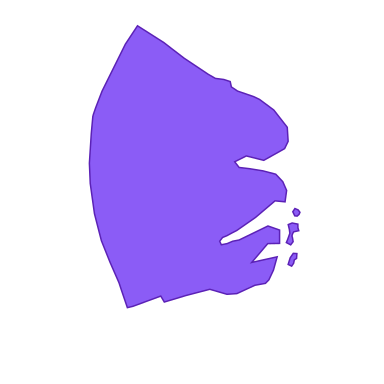 Dngronger, Palau (Mercator projection), rotated 113°
{"feature_id": "81905179B16593070408987", "entity_name": "Dngronger", "entity_type": "district", "adm_level": 2, "iso_a3": "PLW", "parent_name": "Palau", "parent_adm1": "", "projection": "mercator", "projection_center": [134.479, 7.344], "detail": "fine", "context": "isolated", "style": "filled", "palette": "violet", "viewbox_px": 384, "rotation_deg": 113, "n_neighbors": 0, "source": "geoboundaries", "source_scale": "gbopen_adm2", "svg_char_len": 1342}
<svg xmlns="http://www.w3.org/2000/svg" viewBox="0 0 384 384"><g transform="rotate(113 192 192)"><path d="M247.4,88.7L242.8,86.9L232.1,86.5L218.4,88.3L233.5,109.5L209.9,102.1L205.1,91.3L192.8,96.5L193.6,108.8L217.8,129.9L221.4,135.3L225.7,139.4L229.1,144.4L226.5,147.3L221.9,146.1L218.6,142.8L214.3,139.4L210.0,135.8L190.6,123.6L167.7,112.1L164.7,102.5L153.6,105.5L147.0,112.5L142.9,121.9L144.8,134.9L148.1,148.3L151.0,158.2L147.5,164.5L137.6,156.1L134.8,138.3L115.9,123.7L107.8,123.3L95.2,129.6L84.6,148.7L80.4,166.0L80.1,172.2L81.3,189.5L79.9,196.8L75.4,200.0L76.0,206.7L78.3,214.9L77.3,223.1L71.9,251.6L67.7,267.8L65.5,276.1L60.3,307.1L81.9,311.1L134.3,314.2L151.9,313.6L159.1,313.1L161.2,312.8L177.4,307.6L205.6,297.7L223.9,289.0L250.1,273.3L272.2,256.4L288.5,240.2L304.1,223.7L309.7,218.8L323.7,206.3L320.3,201.7L300.0,180.1L304.1,174.5L289.7,157.2L274.6,137.6L272.5,119.9L268.0,111.0L253.3,97.7L247.4,88.7ZM202.1,80.5L198.2,79.5L194.9,81.6L193.4,82.8L191.0,83.1L188.9,82.8L185.9,78.6L183.6,80.5L180.2,82.0L181.4,87.7L184.4,90.7L188.5,87.7L191.8,85.8L198.3,85.4L201.7,85.4L202.1,80.5ZM221.1,75.2L221.3,71.3L217.9,70.6L214.5,71.3L212.3,69.8L207.7,71.4L208.9,74.8L214.2,75.9L221.1,75.2ZM168.5,84.7L167.0,87.3L167.0,90.8L170.8,91.5L173.8,88.1L173.1,85.8L170.8,84.7L168.5,84.7Z" fill="#8b5cf6" stroke="#5b21b6" stroke-width="1.5"/></g></svg>